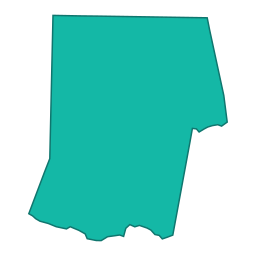 Santa Maria, Rio Grande do Norte, Brazil
{"feature_id": "56859067B38778950588818", "entity_name": "Santa Maria", "entity_type": "district", "adm_level": 2, "iso_a3": "BRA", "parent_name": "Brazil", "parent_adm1": "Rio Grande do Norte", "projection": "robinson", "projection_center": [-35.718, -5.794], "detail": "fine", "context": "isolated", "style": "filled", "palette": "teal", "viewbox_px": 256, "rotation_deg": 0, "n_neighbors": 0, "source": "geoboundaries", "source_scale": "gbopen_adm2", "svg_char_len": 693}
<svg xmlns="http://www.w3.org/2000/svg" viewBox="0 0 256 256"><path d="M53.0,15.4L49.8,158.6L44.6,171.9L28.8,213.7L32.5,215.8L35.7,218.7L40.0,221.2L48.4,223.5L56.2,226.7L66.5,228.9L70.2,226.7L74.2,228.4L78.6,230.2L85.2,233.9L87.2,238.7L96.2,240.5L101.2,240.6L107.6,236.7L115.0,235.7L119.6,235.0L123.6,236.4L125.8,228.3L129.8,224.6L134.8,226.8L139.4,225.4L147.0,228.0L150.8,230.0L154.9,234.5L159.2,235.4L162.3,238.9L167.0,237.3L172.8,235.1L190.0,141.8L192.4,128.4L196.4,128.9L199.1,132.0L204.4,128.8L207.8,127.0L212.4,125.6L217.8,124.7L221.6,126.1L227.2,122.1L223.8,95.5L209.6,29.9L208.8,25.8L207.2,17.8L97.2,16.1L79.4,15.9L53.0,15.4Z" fill="#14b8a6" stroke="#0f766e" stroke-width="1.5"/></svg>